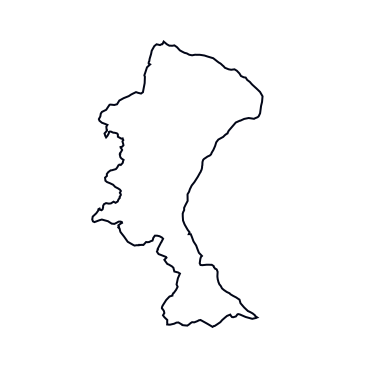 outline of Sagaing, Sagaing, Myanmar, rotated 299°
{"feature_id": "60261553B34432285334983", "entity_name": "Sagaing", "entity_type": "district", "adm_level": 2, "iso_a3": "MMR", "parent_name": "Myanmar", "parent_adm1": "Sagaing", "projection": "robinson", "projection_center": [95.553, 21.913], "detail": "fine", "context": "isolated", "style": "outline", "palette": "ink", "viewbox_px": 384, "rotation_deg": 299, "n_neighbors": 0, "source": "geoboundaries", "source_scale": "gbopen_adm2", "svg_char_len": 5967}
<svg xmlns="http://www.w3.org/2000/svg" viewBox="0 0 384 384"><g transform="rotate(299 192 192)"><path d="M113.9,309.8L114.2,307.5L114.4,307.1L114.5,306.9L114.8,306.5L114.9,305.4L115.0,305.0L115.1,304.4L115.2,303.9L115.2,302.4L115.2,301.9L115.2,301.2L115.2,300.9L115.0,298.6L116.3,293.6L118.2,288.4L120.9,285.7L121.0,283.8L121.2,281.8L121.1,278.3L121.2,275.1L121.6,274.1L121.6,273.4L121.5,272.6L121.5,272.0L121.5,271.7L121.4,270.8L121.5,270.1L121.6,268.8L121.7,268.3L121.7,267.6L121.8,267.2L121.9,266.8L122.1,265.5L122.2,265.2L122.4,264.7L122.7,264.3L123.1,263.7L123.7,262.8L123.9,262.3L124.0,262.1L124.2,261.7L124.3,261.3L124.4,260.9L124.7,260.5L125.4,259.6L125.7,259.3L126.1,258.7L126.5,258.4L126.9,258.0L127.2,257.7L127.6,257.4L127.9,257.0L128.3,256.7L129.0,256.2L129.3,255.9L129.7,255.7L130.2,255.3L130.7,255.0L134.6,253.1L136.2,251.2L136.3,250.6L136.1,249.6L136.2,249.2L136.5,248.7L136.7,248.2L136.8,247.7L137.2,247.4L137.7,246.9L137.9,244.6L136.8,242.5L135.3,239.8L133.0,236.5L132.3,234.8L133.4,233.3L137.3,231.8L139.4,231.3L140.9,231.7L142.2,227.5L144.6,224.6L147.2,221.6L149.5,217.3L152.7,213.6L154.5,211.4L154.0,210.3L153.6,209.6L155.6,209.4L156.8,206.6L160.0,201.3L162.7,198.0L166.1,195.8L168.7,194.3L169.5,194.2L170.3,194.0L171.1,194.0L172.2,193.9L172.4,193.9L174.3,192.8L177.5,192.6L182.1,192.5L186.8,189.8L187.2,189.5L188.0,189.2L190.8,189.3L193.4,188.8L197.6,188.6L201.8,189.3L208.1,189.7L212.9,189.7L213.9,189.8L214.9,189.6L215.8,189.6L216.8,189.4L217.8,189.1L218.6,188.8L219.3,188.4L219.9,188.2L220.7,188.0L221.5,187.5L222.5,187.1L223.1,186.7L224.3,186.4L225.5,186.2L226.5,186.4L227.4,186.8L228.5,187.4L229.6,187.9L230.7,188.5L231.6,189.2L232.6,189.9L233.4,190.2L234.3,190.4L235.1,190.3L235.6,190.2L235.8,190.2L236.6,190.2L239.2,190.3L243.5,189.9L247.2,189.1L250.6,189.6L255.4,192.6L257.3,193.1L257.5,193.2L257.9,193.3L258.2,193.5L258.4,193.5L258.7,193.6L258.9,193.7L259.3,194.0L259.5,194.1L260.0,194.4L260.5,194.7L261.3,194.4L261.5,194.4L262.4,194.5L262.9,194.4L263.4,194.4L274.0,196.6L277.6,199.3L277.8,199.7L277.9,199.8L278.0,199.8L281.2,202.2L284.2,205.7L286.1,210.8L286.6,211.1L286.8,211.2L289.2,213.1L290.5,213.6L293.8,213.4L298.2,211.7L300.7,210.7L304.7,209.6L308.1,208.1L309.9,207.3L312.5,203.0L313.7,198.5L315.0,193.0L315.5,191.4L316.3,189.3L316.8,185.9L318.1,183.5L317.4,181.6L317.2,178.6L318.7,176.0L319.8,172.4L319.9,169.7L317.9,167.0L317.1,164.6L316.6,160.6L317.4,158.3L317.4,157.9L318.1,155.1L318.2,154.0L318.2,152.8L318.5,150.6L318.8,148.9L319.0,147.6L319.3,145.7L318.0,139.8L317.4,136.7L315.9,132.6L313.5,128.1L311.6,125.8L310.7,123.0L310.7,120.2L310.1,118.0L310.0,115.3L310.0,112.7L311.4,108.6L311.7,105.5L310.5,104.1L309.0,101.2L309.0,98.6L309.8,94.3L307.5,94.5L306.7,94.2L306.7,93.9L305.0,92.8L304.0,89.4L301.3,88.3L300.0,88.3L296.0,88.3L292.9,89.3L287.9,90.4L285.7,91.2L284.8,91.2L283.6,91.6L283.3,91.9L283.3,93.5L279.2,92.2L272.5,93.5L272.2,93.5L270.9,93.8L270.0,94.9L264.3,97.8L255.5,100.7L253.4,99.7L252.6,96.8L252.2,94.6L249.2,92.5L247.7,91.5L245.2,90.2L240.9,86.7L237.7,84.7L236.8,84.1L232.4,83.9L230.4,81.8L229.4,79.4L228.9,78.3L228.3,77.6L226.2,77.4L222.3,77.1L218.4,74.4L216.4,74.2L213.6,75.2L210.6,75.2L209.5,76.5L208.9,79.6L209.4,82.8L209.7,85.5L207.6,85.4L205.0,87.2L205.0,87.6L204.3,87.9L200.8,87.1L199.0,89.0L198.1,90.4L200.0,90.8L202.9,90.8L204.3,90.3L204.5,90.6L204.9,90.7L205.2,91.3L205.5,91.7L205.7,94.3L206.3,95.6L206.9,97.8L206.5,99.2L204.4,100.4L204.4,104.4L205.2,105.3L204.7,105.7L204.6,106.2L204.0,106.8L202.8,106.6L202.3,106.8L201.5,107.7L200.5,108.7L199.6,109.4L197.7,108.9L196.7,107.7L196.1,108.2L196.0,108.7L194.9,110.5L192.7,110.5L190.8,110.2L190.2,110.7L190.2,110.8L189.7,110.7L187.7,112.5L187.1,114.0L186.9,116.6L185.3,116.8L184.3,117.2L184.1,117.3L182.5,117.0L181.1,116.6L181.1,115.8L180.6,115.1L179.9,115.0L179.6,114.7L177.0,114.7L175.1,114.3L172.1,111.3L171.4,110.3L168.7,109.1L166.4,108.8L164.8,109.8L162.4,109.0L159.9,110.8L159.5,112.8L159.9,116.0L160.1,119.5L159.2,122.4L159.3,125.8L159.1,127.9L158.4,129.3L156.3,129.3L155.5,130.8L154.9,131.2L152.4,131.1L151.9,131.7L149.8,131.3L147.7,131.6L145.5,130.4L145.5,128.1L142.7,126.6L141.5,124.9L140.6,122.2L138.6,120.9L136.7,121.0L135.7,121.6L133.5,122.2L132.2,121.7L131.9,120.2L132.7,119.2L131.7,118.5L130.9,118.7L130.3,119.0L128.7,118.8L127.0,118.6L122.4,117.1L119.7,118.0L118.3,119.6L118.4,121.3L122.5,124.8L124.2,126.5L124.9,129.4L125.7,132.6L125.4,137.1L126.5,139.6L128.4,140.9L130.5,142.2L131.5,143.9L131.7,145.2L131.1,145.8L129.9,145.0L127.9,144.1L127.1,143.8L126.3,144.8L126.1,144.5L125.3,144.6L124.8,146.5L123.1,148.0L122.3,148.9L120.1,154.1L117.3,159.9L117.2,166.2L117.3,167.7L118.7,169.5L119.4,170.9L119.6,171.2L119.9,171.2L120.0,171.7L120.5,172.0L120.6,172.5L121.4,173.6L121.5,174.1L122.1,174.7L122.2,175.2L122.7,175.3L126.0,176.1L126.5,177.4L127.4,178.7L129.4,180.1L130.3,181.0L131.6,180.8L133.1,180.4L135.8,180.7L136.4,181.7L136.9,182.7L137.6,185.1L137.6,187.9L137.1,189.4L135.8,189.4L133.2,189.5L132.9,189.4L125.4,189.6L125.3,190.0L122.9,190.2L122.3,191.2L121.5,192.9L121.8,194.8L122.6,200.8L122.2,201.5L119.3,200.7L118.2,202.9L117.1,205.3L117.3,207.0L117.2,210.6L116.7,212.5L115.9,213.2L113.9,215.1L114.9,218.9L114.8,221.0L109.7,221.5L103.7,223.3L102.1,225.4L98.7,225.5L94.8,225.0L94.5,224.7L92.5,224.7L91.9,225.1L89.7,223.0L85.0,221.8L78.4,221.4L76.6,221.6L75.5,222.2L75.4,223.0L74.3,225.1L72.7,226.5L70.1,226.4L69.2,228.3L68.7,230.0L68.1,232.4L65.9,233.5L65.1,234.1L64.1,234.5L64.8,236.2L65.3,237.1L68.2,240.3L70.2,241.7L71.3,243.4L71.2,246.7L71.3,247.2L70.9,248.0L71.7,250.0L72.9,252.7L74.9,253.7L76.8,254.4L78.2,255.2L79.1,257.2L81.9,259.5L83.0,260.1L83.5,260.6L83.7,261.1L84.1,261.4L84.2,261.5L84.2,264.7L84.2,268.9L84.1,273.2L84.0,275.4L85.3,276.0L85.7,276.7L88.5,278.2L91.9,279.9L94.7,280.5L98.3,281.8L100.6,282.7L103.3,284.9L102.6,286.1L102.0,287.6L102.5,288.8L104.4,290.7L107.1,291.1L107.7,291.8L108.1,293.3L108.7,299.5L110.3,306.2L113.0,309.2L113.5,309.4L113.9,309.8Z" fill="none" stroke="#020617" stroke-width="2"/></g></svg>